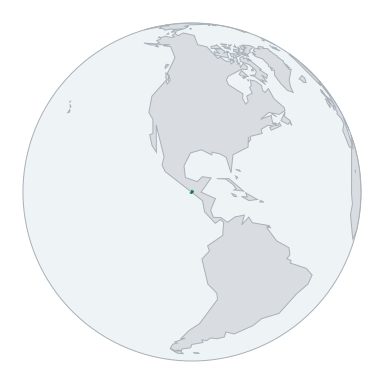 San Marcos highlighted on a globe, orthographic projection, rotated 19°
{"feature_id": "GTM-1947", "entity_name": "San Marcos", "entity_type": "Department", "adm_level": 1, "iso_a3": "GTM", "parent_name": "Guatemala", "parent_adm1": "", "projection": "orthographic", "projection_center": [-91.97, 14.971], "detail": "fine", "context": "on_globe", "style": "filled", "palette": "green", "viewbox_px": 384, "rotation_deg": 19, "n_neighbors": 0, "source": "natural_earth", "source_scale": "10m", "svg_char_len": 8608}
<svg xmlns="http://www.w3.org/2000/svg" viewBox="0 0 384 384"><g transform="rotate(19 192 192)"><circle cx="192" cy="192" r="169" fill="#eef3f6" stroke="#a8b0b8"/><path d="M231.8,210.3L227.9,208.8L224.2,214.0L210.3,206.6L204.8,196.8L159.9,181.4L154.9,176.2L154.2,167.9L136.3,140.2L145.4,166.0L139.0,160.9L133.4,151.6L136.0,149.4L131.4,136.1L125.3,130.8L122.9,114.5L131.1,94.8L133.4,98.0L135.1,93.4L132.3,89.4L130.1,87.9L132.2,70.5L124.5,61.5L117.2,63.1L122.7,59.8L105.4,66.4L98.0,66.8L109.4,63.8L112.9,61.7L109.4,60.3L112.3,57.9L112.3,56.1L116.0,53.5L122.4,52.6L124.9,51.0L122.3,50.2L124.4,47.6L127.8,48.9L131.9,44.5L143.2,43.3L149.3,50.9L158.7,49.9L173.1,57.4L174.8,55.2L181.4,57.4L185.9,55.9L187.3,58.2L189.6,55.1L187.5,53.3L187.8,51.5L190.2,50.6L192.5,53.2L191.6,54.1L193.5,54.4L193.5,56.2L194.9,54.8L197.3,58.4L198.5,53.7L203.5,55.6L204.1,58.3L199.3,59.5L188.7,70.6L187.9,74.7L191.5,78.7L208.3,82.6L209.3,86.9L214.1,91.5L215.7,88.2L212.5,83.5L216.8,79.0L212.4,74.4L213.4,72.1L210.8,67.1L216.3,66.5L223.1,68.7L225.6,72.9L228.7,74.2L230.5,69.3L239.1,77.1L251.7,82.2L253.4,84.7L249.2,90.2L238.7,91.7L233.2,100.9L241.9,93.8L246.0,100.9L248.8,101.8L251.6,101.0L252.1,98.0L254.6,100.4L246.8,107.8L244.5,105.7L247.0,103.2L242.1,104.2L236.9,110.2L239.3,113.8L228.9,120.5L230.5,123.3L229.2,126.7L227.3,121.5L230.4,131.2L218.6,143.5L222.7,161.2L213.0,148.0L206.1,146.9L198.1,147.7L198.6,150.5L187.2,149.0L177.9,155.5L175.9,169.8L181.0,180.5L193.6,180.5L196.7,174.2L205.5,172.5L200.6,189.2L216.3,190.6L215.5,203.0L220.3,209.0L227.8,206.8L235.6,209.1L240.7,201.6L249.0,196.8L249.8,206.7L253.9,197.2L259.0,201.4L275.2,198.8L274.2,201.2L288.0,210.7L301.8,213.1L305.0,219.5L303.4,224.2L308.0,224.4L308.0,227.2L325.0,227.0L332.6,231.4L331.7,241.1L324.0,254.3L313.8,278.4L299.1,289.0L293.3,298.3L278.1,312.5L269.5,313.3L269.8,318.5L263.3,322.7L257.1,323.9L254.2,327.9L249.5,328.6L251.4,330.7L241.4,336.3L241.4,339.7L233.5,343.8L233.7,345.6L231.6,345.8L228.7,346.7L227.7,347.8L222.3,346.6L223.4,342.2L227.3,339.6L224.6,339.4L233.2,332.5L229.3,334.1L234.5,323.6L242.0,314.0L251.1,285.3L248.5,279.7L237.0,273.9L223.2,252.1L227.7,242.2L224.3,237.8L235.2,223.1L231.8,210.3ZM48.7,157.4L49.7,153.5L50.3,156.3L48.7,157.4ZM49.5,150.9L49.3,152.3L49.3,151.1L49.5,150.9ZM48.9,149.9L49.3,150.7L48.7,150.2L48.9,149.9ZM48.0,149.1L48.6,149.4L48.5,149.5L48.0,149.1ZM222.6,167.3L240.4,174.4L231.0,176.4L232.7,174.6L228.0,171.4L219.5,168.8L211.1,171.3L222.6,167.3ZM47.2,146.7L47.0,145.9L47.6,145.8L47.2,146.7ZM228.9,156.8L225.9,156.4L228.8,156.1L228.9,156.8ZM128.6,87.8L132.0,89.6L133.4,94.4L130.3,93.1L128.6,87.8ZM126.3,79.5L128.6,79.4L126.5,83.8L125.8,82.5L126.3,79.5ZM111.2,65.2L113.4,65.8L110.3,66.1L111.2,65.2ZM111.6,56.3L110.1,57.0L110.7,55.8L111.6,56.3ZM208.0,67.9L209.4,67.6L209.1,68.6L208.0,67.9ZM205.5,66.3L204.2,67.8L202.8,67.3L203.7,66.3L205.5,66.3ZM117.0,50.9L118.5,49.0L118.1,50.7L117.0,50.9ZM207.4,64.5L200.6,66.2L198.2,65.3L199.4,61.0L207.4,64.5ZM120.1,47.8L123.7,43.8L120.6,44.7L131.4,40.2L124.8,44.8L124.7,46.6L122.7,46.5L120.1,47.8ZM185.8,53.2L188.1,55.0L183.9,54.4L185.8,53.2ZM183.0,53.3L169.5,55.0L167.2,52.2L172.2,52.0L167.4,49.4L172.9,47.2L176.7,48.1L177.1,50.3L178.9,47.8L183.0,53.3ZM136.8,38.6L138.6,37.7L137.9,38.5L136.8,38.6ZM187.6,50.8L185.1,51.2L182.9,48.7L187.5,47.4L186.8,48.6L187.6,50.8ZM163.4,50.0L162.6,48.1L166.9,45.8L167.1,44.8L172.8,46.9L163.4,50.0ZM188.5,48.7L190.0,46.9L193.2,47.3L189.9,50.2L188.5,48.7ZM180.4,48.7L179.6,47.5L181.5,47.7L180.4,48.7ZM205.5,48.5L202.6,48.7L201.2,47.4L205.5,48.5ZM190.3,46.2L189.2,46.1L188.3,45.7L189.9,44.7L190.3,46.2ZM175.4,45.2L177.3,44.7L173.3,44.2L176.3,42.7L179.5,44.5L179.4,43.0L180.3,42.6L181.9,44.6L175.4,45.2ZM188.9,42.5L194.0,44.7L199.8,44.4L201.2,45.5L191.7,45.9L188.9,42.5ZM184.7,43.5L187.6,43.1L187.8,44.5L186.0,45.7L184.7,43.5ZM177.2,41.1L171.7,42.9L171.2,42.5L177.2,41.1ZM190.5,42.1L189.2,41.6L190.9,41.9L190.5,42.1ZM181.2,41.0L179.4,41.6L178.8,41.1L181.2,41.0ZM188.2,40.2L189.9,40.8L188.7,41.6L188.2,40.2ZM185.0,40.3L184.7,39.5L187.3,41.5L184.2,40.7L185.0,40.3ZM181.0,40.4L180.1,40.3L181.9,40.2L181.0,40.4ZM191.8,37.3L195.4,39.6L192.7,41.1L189.6,38.6L191.8,37.3ZM230.5,349.2L222.4,347.3L227.3,348.1L232.6,346.1L236.2,347.7L230.5,349.2ZM245.4,343.5L250.4,341.9L251.1,342.3L247.7,343.5L245.4,343.5ZM306.2,67.5L305.8,67.2L309.5,70.5L309.7,70.8L313.1,74.2L310.6,72.0L314.9,77.7L327.5,94.6L328.5,98.3L326.2,98.3L314.5,84.7L313.5,78.2L309.3,74.1L303.4,70.7L303.6,69.3L301.1,67.4L300.1,65.1L292.8,58.4L290.9,56.2L282.2,50.6L280.1,48.9L285.8,52.5L288.8,54.2L283.4,49.9L282.4,49.3L294.7,57.9L306.2,67.5ZM278.8,47.0L275.4,45.1L275.1,44.9L278.8,47.0ZM272.1,43.2L270.2,42.3L268.5,41.4L272.1,43.2ZM265.8,40.0L267.9,41.2L261.9,38.5L255.1,35.5L253.8,35.1L264.8,40.1L268.6,41.9L270.8,42.8L281.7,49.1L284.8,51.3L275.9,46.7L279.3,49.7L270.8,45.4L246.4,33.4L239.1,30.4L239.3,29.8L245.7,31.8L246.8,32.2L247.8,32.5L265.8,40.0ZM193.6,23.0L181.9,23.6L173.8,24.1L175.2,23.9L162.0,25.8L153.9,27.4L155.3,27.2L149.8,28.7L152.3,28.1L152.5,28.2L139.6,33.1L135.3,34.7L131.3,37.6L132.0,37.6L135.0,36.6L131.4,40.2L120.6,44.7L119.6,44.3L113.5,47.9L112.0,46.8L108.0,47.9L109.9,45.3L106.5,46.9L104.5,48.2L98.5,51.6L94.2,54.2L99.9,50.3L106.2,46.5L116.3,42.4L112.9,43.3L116.3,41.6L116.7,41.1L114.1,42.1L112.2,43.1L114.8,41.7L127.2,36.0L140.0,31.3L153.1,27.6L166.4,25.0L180.0,23.5L193.6,23.0ZM360.1,174.6L359.5,184.2L357.3,179.8L349.3,161.9L347.7,151.4L343.4,141.6L328.8,99.1L330.1,98.1L323.6,86.1L330.9,95.8L337.4,106.0L343.2,116.6L348.2,127.7L352.5,139.1L355.8,150.7L358.4,162.6L360.1,174.6ZM339.0,117.7L340.6,120.7L339.0,117.7ZM275.7,198.6L277.8,200.2L275.2,200.6L275.7,198.6ZM230.1,180.5L233.7,180.5L235.7,181.8L233.0,182.6L230.1,180.5ZM259.4,177.7L263.3,178.1L259.4,179.4L259.4,177.7ZM243.1,175.3L256.2,177.8L248.6,181.6L240.3,180.1L245.8,178.7L243.1,175.3ZM228.0,162.7L230.4,163.2L229.9,165.1L228.0,162.7ZM231.0,156.6L230.2,156.9L228.9,155.5L231.0,156.6ZM246.4,100.4L247.1,99.9L250.1,99.8L249.1,101.2L246.4,100.4ZM261.2,92.4L264.8,96.6L261.5,94.4L260.8,96.8L252.9,95.6L253.8,85.9L254.8,90.3L261.2,92.4ZM242.7,91.9L247.6,93.3L242.2,92.2L242.7,91.9ZM288.1,60.5L289.8,60.7L293.1,63.2L295.4,67.5L290.7,63.6L288.1,60.5ZM291.3,60.4L281.8,55.4L279.9,53.0L282.6,55.1L282.3,54.1L286.5,57.2L294.1,60.4L297.5,63.0L300.0,68.5L297.3,65.1L295.9,64.9L291.3,60.4ZM260.7,51.2L256.5,50.2L257.9,46.1L261.6,47.6L264.2,51.5L261.3,52.1L260.7,51.2ZM210.7,57.3L209.0,58.0L208.4,57.2L209.3,55.9L210.7,57.3ZM204.2,48.7L217.4,53.5L216.1,54.5L225.3,56.7L225.6,60.3L219.6,58.6L226.7,63.4L221.4,63.4L226.6,66.5L213.3,62.3L208.8,62.8L213.7,60.8L213.6,57.3L212.2,56.0L204.9,52.9L195.2,52.8L193.6,49.9L195.0,47.8L197.0,47.4L197.5,49.3L199.9,47.3L202.1,49.9L204.2,48.7ZM212.2,31.9L211.9,33.2L217.2,31.8L219.4,33.5L219.9,33.2L223.4,34.5L228.5,35.8L228.8,36.6L230.6,36.8L233.0,37.8L235.6,38.4L237.1,40.3L240.5,41.2L239.3,41.6L244.6,42.9L241.3,42.8L244.1,44.5L245.8,43.7L247.4,54.6L250.7,60.1L255.2,64.9L248.9,64.8L240.6,60.5L232.3,54.9L230.1,50.0L227.7,51.1L225.9,49.2L228.6,49.1L223.4,48.2L222.6,46.7L215.3,43.1L208.2,43.2L205.3,42.1L207.7,41.4L203.2,40.9L205.8,38.8L203.8,38.0L204.3,35.5L210.1,34.8L207.4,34.1L207.7,32.4L212.2,31.9ZM192.2,36.6L198.5,34.8L202.9,35.0L200.1,39.4L201.6,40.4L200.0,43.7L193.7,43.5L194.7,42.5L194.3,41.5L196.4,42.0L194.4,40.9L195.7,39.6L194.5,38.5L196.9,38.1L192.2,36.6ZM317.6,79.2L316.7,78.1L320.3,82.1L320.8,82.8L317.6,79.2ZM313.1,74.4L316.4,77.7L315.0,76.3L313.1,74.4ZM284.6,51.6L283.3,50.5L284.3,51.1L286.5,52.5L284.6,51.6ZM228.4,29.8L227.5,30.1L226.4,29.8L221.6,29.7L219.6,28.8L221.7,28.5L228.4,29.8ZM225.4,28.7L223.7,28.8L223.8,28.3L225.4,28.7ZM217.9,28.1L217.4,27.5L218.8,28.7L217.9,28.1ZM222.6,25.8L223.1,25.9L215.3,24.8L205.7,23.7L214.5,24.6L219.5,25.3L222.6,25.8ZM185.0,23.4L184.4,23.8L182.1,23.8L182.0,23.7L185.0,23.4ZM186.4,23.5L190.4,23.8L188.5,24.1L185.7,23.8L186.4,23.5ZM208.2,25.3L211.0,25.5L210.9,25.8L208.2,25.3ZM137.3,37.7L138.5,37.7L136.6,38.3L137.3,37.7ZM154.0,27.9L154.0,28.1L151.7,28.6L154.0,27.9ZM152.8,29.1L155.3,28.3L153.4,29.1L152.8,29.1ZM160.8,26.8L156.6,28.0L159.6,26.9L160.8,26.8Z" fill="#d9dde1" stroke="#a8b0b8" stroke-width="1"/><path d="M191.2,193.3L191.3,193.2L191.4,192.9L191.5,192.8L191.4,192.6L191.4,192.4L191.5,192.2L191.5,191.9L191.7,191.7L191.3,191.2L191.5,190.7L191.7,190.8L191.8,191.1L192.0,191.0L192.1,190.9L192.3,190.9L192.5,190.9L192.8,191.0L193.0,191.2L193.0,191.3L192.9,191.4L192.8,191.5L192.7,191.6L192.8,191.7L192.8,191.8L192.8,192.0L192.7,192.1L192.6,192.3L192.5,192.5L192.4,192.6L192.2,192.7L191.8,192.8L191.7,192.8L191.5,193.0L191.8,193.0L191.9,193.3L191.7,193.4L191.2,193.3Z" fill="#22c55e" stroke="#15803d" stroke-width="1.5"/></g></svg>